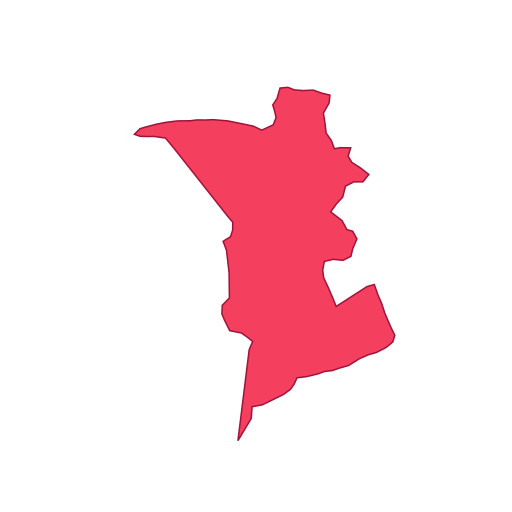 Cortês, Pernambuco, Brazil (Albers equal-area conic projection), rotated 203°
{"feature_id": "56859067B35523220446037", "entity_name": "Cortês", "entity_type": "district", "adm_level": 2, "iso_a3": "BRA", "parent_name": "Brazil", "parent_adm1": "Pernambuco", "projection": "albers", "projection_center": [-35.53, -8.422], "detail": "fine", "context": "isolated", "style": "filled", "palette": "rose", "viewbox_px": 512, "rotation_deg": 203, "n_neighbors": 0, "source": "geoboundaries", "source_scale": "gbopen_adm2", "svg_char_len": 1463}
<svg xmlns="http://www.w3.org/2000/svg" viewBox="0 0 512 512"><g transform="rotate(203 256 256)"><path d="M200.5,79.0L196.9,104.6L200.7,115.7L192.0,121.5L176.7,139.2L172.1,146.8L170.8,153.3L170.7,159.9L162.5,164.6L152.9,171.7L147.9,176.4L140.9,180.4L135.4,185.4L128.0,191.4L120.8,201.7L114.1,208.9L107.5,214.2L100.5,222.6L96.5,230.3L97.2,237.2L104.2,243.3L115.1,253.7L121.4,261.0L128.8,268.1L136.0,276.0L142.0,271.1L162.5,240.9L169.2,247.6L178.1,256.1L185.1,262.3L189.1,269.1L191.0,277.7L183.6,283.1L174.1,286.1L168.5,292.8L169.8,300.5L169.8,311.2L176.7,316.6L182.7,315.8L190.6,322.2L204.5,325.8L202.2,335.9L199.2,344.0L200.9,355.3L194.9,362.5L186.6,366.0L184.0,375.1L194.3,377.9L204.3,379.6L210.2,383.9L211.1,392.6L220.8,388.6L225.8,385.4L231.8,391.8L239.4,396.5L244.7,405.7L249.8,413.9L248.5,425.4L250.8,433.0L259.2,431.6L268.1,431.1L277.3,426.7L285.7,423.9L292.6,423.7L299.5,420.0L298.2,409.3L299.6,401.6L295.2,396.3L291.6,391.2L291.4,383.5L299.9,374.1L309.2,374.5L316.4,373.1L334.6,369.4L341.3,367.2L348.9,364.7L355.5,361.5L363.7,358.1L369.4,354.8L375.1,352.3L381.4,349.5L390.9,344.0L398.9,338.6L407.5,332.0L412.5,327.9L415.5,320.5L409.4,320.9L403.5,323.2L396.6,326.2L385.4,329.2L373.8,323.2L297.6,281.5L290.6,278.0L287.6,270.7L287.0,263.8L292.0,256.7L285.4,249.7L274.3,230.2L264.1,207.0L267.8,197.4L264.8,189.4L259.9,184.6L251.0,177.0L239.4,179.4L232.3,177.9L225.7,176.0L225.7,167.2L200.5,79.0Z" fill="#f43f5e" stroke="#9f1239" stroke-width="1.5"/></g></svg>